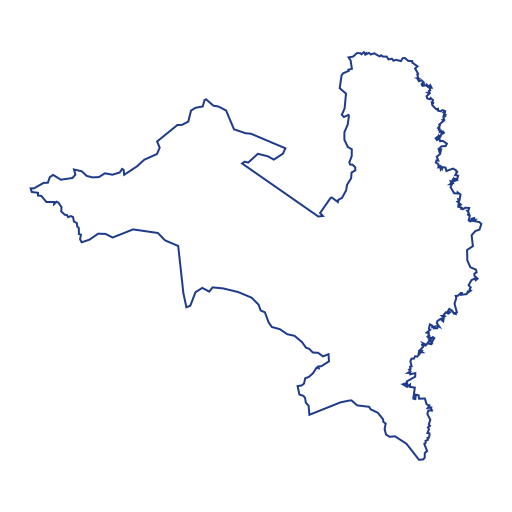 Asunafo South, Brong Ahafo, Ghana
{"feature_id": "2480657B2337940648547", "entity_name": "Asunafo South", "entity_type": "district", "adm_level": 2, "iso_a3": "GHA", "parent_name": "Ghana", "parent_adm1": "Brong Ahafo", "projection": "orthographic", "projection_center": [-2.473, 6.562], "detail": "fine", "context": "isolated", "style": "outline", "palette": "blue", "viewbox_px": 512, "rotation_deg": 0, "n_neighbors": 0, "source": "geoboundaries", "source_scale": "gbopen_adm2", "svg_char_len": 6007}
<svg xmlns="http://www.w3.org/2000/svg" viewBox="0 0 512 512"><path d="M30.7,188.4L31.8,192.0L38.0,192.8L38.0,195.5L41.3,195.9L46.4,202.0L54.2,202.0L54.1,204.1L56.5,201.7L58.4,202.6L61.5,207.1L61.2,211.5L64.9,214.8L66.9,215.0L68.1,217.1L70.9,216.1L73.0,217.0L73.9,221.4L76.9,223.2L77.2,226.4L78.8,228.0L78.9,234.0L80.9,234.7L80.1,239.3L81.7,242.3L89.6,239.6L98.1,233.7L105.4,233.9L112.7,237.5L133.1,229.4L157.9,233.0L165.1,240.4L178.2,246.0L183.4,293.3L186.4,307.3L190.3,305.7L195.5,292.2L202.3,287.9L209.2,291.6L212.6,287.4L223.1,288.4L238.3,292.1L251.5,297.6L258.6,304.7L260.7,310.5L264.9,312.3L268.7,322.6L271.9,327.0L279.9,329.2L287.2,334.2L294.5,335.8L302.0,342.1L306.0,347.7L309.2,348.8L312.8,352.5L318.1,352.8L323.0,356.4L328.5,354.2L329.0,361.3L321.4,366.2L318.2,366.5L318.7,368.3L316.5,367.7L313.1,373.1L308.9,376.9L305.2,378.3L304.0,383.6L301.5,385.5L297.6,386.1L299.4,394.5L303.5,395.9L305.1,398.0L305.8,402.6L308.6,405.7L309.4,414.8L340.4,402.4L348.9,400.6L351.5,400.4L357.2,405.4L369.1,406.8L370.7,409.4L377.8,412.7L383.1,419.4L383.3,421.8L385.7,423.6L384.6,429.0L386.0,434.5L389.6,436.8L395.0,436.3L406.5,443.8L419.0,459.8L423.2,459.4L424.7,457.7L424.8,453.0L427.1,451.1L424.3,443.9L425.7,442.8L425.5,440.9L427.9,439.8L427.5,437.9L428.8,437.7L429.6,434.9L429.4,433.3L427.4,433.0L429.0,429.3L427.9,427.4L430.0,425.8L428.8,424.5L430.3,419.8L427.3,413.8L428.4,410.4L432.8,410.7L431.1,409.9L431.3,407.5L427.8,408.0L429.5,405.7L429.7,404.7L428.9,405.7L426.5,404.1L424.9,398.5L419.1,398.7L418.6,395.3L415.9,394.7L415.3,399.1L413.3,398.6L414.8,387.6L409.9,386.9L410.0,384.6L407.1,386.9L402.8,384.3L405.4,383.4L405.9,384.9L407.5,385.2L406.8,381.4L415.2,376.7L415.3,373.1L410.2,374.3L410.2,373.0L407.9,372.9L410.4,371.4L409.1,369.6L410.6,368.9L410.1,366.7L411.6,366.3L410.4,361.4L411.4,358.7L413.8,358.7L415.1,356.3L417.2,356.6L419.5,354.0L418.7,353.6L419.1,351.0L420.0,351.1L419.2,352.4L422.3,352.3L421.2,351.6L422.0,350.7L419.9,350.1L423.0,347.1L422.2,345.0L424.4,345.4L422.9,343.2L426.3,344.8L428.6,341.6L428.4,343.6L431.4,344.2L432.1,343.3L430.1,340.8L432.3,341.5L434.3,338.1L432.8,337.1L430.3,339.9L430.5,336.8L429.6,338.7L427.6,336.8L430.0,335.1L428.4,335.6L428.8,333.1L426.7,332.6L430.2,329.8L428.9,328.7L429.9,324.4L432.2,325.6L432.2,327.2L435.1,326.5L434.1,328.3L437.3,328.2L437.7,325.9L439.3,326.7L436.8,323.0L437.4,321.0L440.4,319.0L443.2,321.3L443.5,319.6L441.6,318.7L443.8,317.8L442.0,316.0L444.7,316.0L443.8,314.7L445.8,312.3L448.4,313.6L450.1,312.2L447.9,311.2L449.3,308.9L452.3,310.8L453.7,313.5L455.7,314.0L455.4,312.8L456.9,312.4L454.5,303.7L456.3,298.0L455.7,295.9L457.8,295.8L460.7,293.0L461.9,293.1L461.3,294.8L466.6,294.1L467.7,291.8L468.3,292.4L470.8,290.6L469.4,289.9L470.7,287.4L468.6,285.2L471.5,280.1L475.0,278.4L475.7,280.2L477.6,278.7L474.5,275.9L474.3,273.7L476.6,272.4L475.9,269.6L470.4,267.3L467.3,260.4L467.1,250.0L472.9,246.1L471.6,235.2L475.4,231.0L479.5,229.6L481.3,223.9L479.3,222.1L474.3,221.1L475.4,219.8L474.0,219.9L474.1,218.1L471.8,218.7L472.4,221.6L471.2,219.8L470.1,221.4L468.7,220.4L469.8,215.7L469.2,214.3L467.6,215.4L468.8,213.1L467.4,211.0L468.3,211.2L469.1,208.0L465.3,207.7L462.8,209.3L461.2,208.8L461.7,207.7L458.2,206.7L458.5,204.8L459.6,205.6L460.9,204.6L457.5,201.7L458.9,201.3L458.3,199.3L459.6,199.7L460.5,194.5L457.7,192.4L457.7,193.5L454.2,193.3L450.5,187.1L452.0,184.2L450.1,184.2L451.3,183.4L450.7,181.5L452.8,182.5L452.1,180.8L453.2,179.2L453.2,181.3L456.8,180.2L455.0,178.9L457.3,178.7L458.1,175.7L455.3,175.1L457.6,171.1L456.4,172.0L456.2,170.4L453.0,168.6L446.4,171.0L445.5,167.5L442.5,167.2L442.0,168.9L441.0,166.9L440.5,168.6L440.1,167.1L438.6,167.3L439.4,166.1L437.7,166.0L438.8,165.5L438.2,164.0L435.8,162.5L436.5,160.4L438.3,160.6L436.8,156.7L440.1,154.0L440.8,150.6L439.4,151.7L438.7,149.1L440.6,149.0L439.8,147.9L441.6,146.3L445.6,146.1L446.9,143.7L442.8,140.9L440.1,141.2L439.5,138.6L437.0,140.1L435.7,138.3L437.2,137.1L437.0,138.1L439.1,137.8L439.0,135.6L440.5,136.5L441.2,134.5L443.9,132.8L443.0,131.6L441.4,132.7L441.3,131.3L439.8,131.8L440.3,130.2L438.8,129.9L439.5,128.3L438.1,127.9L439.9,125.5L439.3,124.5L443.9,120.6L442.8,119.9L444.1,119.4L443.3,117.2L445.0,116.2L444.0,115.4L445.3,114.7L444.2,114.1L444.9,112.6L443.6,112.4L444.9,111.1L442.6,110.1L440.5,111.3L438.0,110.6L438.0,108.8L436.3,109.3L432.3,105.2L431.8,102.8L433.9,103.5L432.3,102.1L433.0,100.2L430.7,98.0L429.9,99.3L427.3,98.4L426.6,96.2L429.3,93.7L427.9,92.8L429.6,92.7L428.9,91.0L431.0,89.9L429.9,90.1L429.9,87.9L431.6,87.8L430.2,85.1L428.9,86.7L427.0,85.0L427.2,86.2L426.1,85.2L423.4,85.8L423.7,84.6L422.0,85.2L421.6,84.0L423.6,82.3L421.5,80.2L419.0,81.3L417.9,79.5L419.1,78.8L417.3,78.1L418.2,77.9L417.3,74.5L418.2,73.9L415.1,68.5L417.5,66.3L412.3,62.7L412.2,61.1L408.2,60.9L404.9,58.0L402.7,58.2L400.9,61.1L396.1,59.8L393.4,60.7L391.9,58.7L388.5,59.4L386.7,56.6L382.8,56.6L381.3,55.3L379.6,56.4L374.2,53.3L370.9,54.5L369.0,52.9L365.7,54.5L365.9,53.3L364.9,53.8L363.9,52.2L361.5,54.3L360.4,53.2L356.9,53.1L353.1,56.6L348.6,57.4L350.6,60.4L351.9,68.8L348.4,69.7L348.7,70.9L343.1,73.3L341.6,75.3L339.7,88.2L346.0,93.6L344.6,108.4L341.8,114.8L343.9,117.0L348.5,114.9L348.9,116.0L347.7,124.6L344.4,132.3L344.4,139.7L347.8,147.0L351.8,149.3L351.7,156.2L349.3,162.5L350.3,164.7L352.5,164.7L355.2,167.2L355.3,170.4L351.6,172.5L351.1,178.3L347.1,184.7L346.1,190.4L342.0,197.9L338.4,199.8L337.9,202.0L331.7,197.5L330.6,197.9L320.1,213.0L322.9,216.0L318.3,216.5L242.1,163.5L244.6,161.7L248.2,162.6L257.9,153.8L267.9,156.3L273.8,159.6L282.9,153.7L285.4,148.3L250.9,133.7L245.4,133.2L234.0,129.3L226.1,110.5L218.4,106.5L213.4,105.7L206.1,99.3L204.6,100.0L202.7,106.5L195.7,107.7L191.0,110.6L188.3,121.6L181.9,124.9L177.4,125.0L157.1,141.5L159.7,147.6L157.0,154.0L144.3,159.7L136.9,166.4L124.2,174.8L123.6,169.8L122.1,168.9L119.7,172.5L112.4,174.7L104.9,173.3L98.9,177.1L92.4,177.4L86.7,175.9L81.8,171.3L74.0,169.5L75.4,174.6L72.5,178.0L60.8,179.7L53.1,174.9L49.8,177.2L47.9,182.7L43.6,182.9L33.9,188.4L30.7,188.4Z" fill="none" stroke="#1e3a8a" stroke-width="2"/></svg>